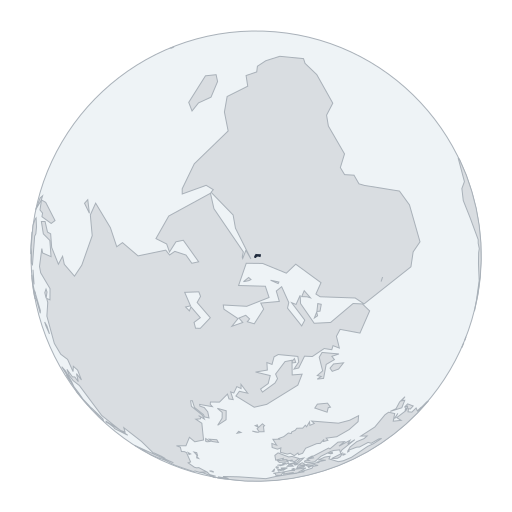 Bani Suwayf on an orthographic globe, rotated 182°
{"feature_id": "EGY-1546", "entity_name": "Bani Suwayf", "entity_type": "Governorate", "adm_level": 1, "iso_a3": "EGY", "parent_name": "Egypt", "parent_adm1": "", "projection": "orthographic", "projection_center": [30.952, 29.058], "detail": "fine", "context": "on_globe", "style": "filled", "palette": "slate", "viewbox_px": 512, "rotation_deg": 182, "n_neighbors": 0, "source": "natural_earth", "source_scale": "10m", "svg_char_len": 10427}
<svg xmlns="http://www.w3.org/2000/svg" viewBox="0 0 512 512"><g transform="rotate(182 256 256)"><circle cx="256" cy="256" r="225" fill="#eef3f6" stroke="#a8b0b8"/><path d="M259.4,30.7L259.0,30.7L260.2,30.8L283.8,32.4L287.1,32.9L286.3,32.9L276.2,32.0L275.5,32.2L282.6,33.0L286.3,34.0L275.9,32.7L281.3,34.5L265.4,34.7L238.4,33.8L229.1,36.2L200.1,42.1L202.3,42.5L192.7,45.8L191.7,47.7L186.6,48.9L190.2,49.5L195.1,48.2L198.3,48.2L198.1,49.4L191.6,50.8L190.7,50.4L188.7,51.5L185.5,51.8L187.0,52.4L179.1,54.4L186.6,54.3L180.1,57.5L175.0,58.4L176.0,55.8L166.5,53.3L161.6,54.4L153.6,58.1L137.7,69.7L132.1,72.5L124.1,78.1L127.0,77.4L134.2,72.9L137.5,73.6L146.0,68.7L148.6,68.5L157.1,65.0L155.2,68.5L148.8,74.0L141.7,77.2L138.7,80.0L145.0,79.7L131.3,89.2L121.5,101.9L118.0,104.5L111.9,103.4L113.1,95.7L105.2,96.8L109.7,99.4L100.9,106.6L99.2,109.5L99.3,111.3L102.4,110.0L99.3,113.5L93.7,111.6L96.5,108.4L98.2,108.8L98.7,105.6L94.8,105.4L90.7,109.7L89.3,106.8L86.3,110.0L84.3,111.6L89.2,106.4L80.4,116.0L78.6,117.2L88.9,105.0L100.0,93.5L111.9,82.9L124.5,73.1L137.8,64.2L151.7,56.3L166.1,49.4L181.0,43.6L196.2,38.8L211.7,35.1L227.5,32.5L243.4,31.1L259.4,30.7ZM35.8,208.4L34.9,214.1L34.5,215.7L32.1,239.1L33.4,256.2L33.6,267.3L33.1,271.1L34.4,276.6L34.5,280.1L43.3,301.6L50.8,318.7L52.6,330.6L50.3,337.6L57.4,361.1L56.0,359.7L48.6,344.1L42.5,327.9L37.6,311.3L34.0,294.4L31.7,277.2L30.8,259.9L31.1,242.6L32.8,225.4L35.8,208.4ZM289.7,33.2L291.3,33.5L287.9,33.0L289.2,33.2L289.7,33.2ZM157.5,63.4L157.3,64.2L155.8,64.4L157.5,63.4ZM161.4,61.4L159.9,61.1L161.5,60.1L162.4,60.2L161.4,61.4ZM291.8,34.0L294.4,34.7L290.0,33.8L291.8,34.0ZM162.9,62.0L164.6,58.4L167.5,56.7L173.4,56.2L162.9,62.0ZM294.7,35.1L301.1,37.4L305.0,37.9L297.6,38.5L294.6,35.9L288.6,34.5L293.3,35.2L294.7,35.1ZM196.7,47.3L191.5,48.8L196.0,46.5L196.7,47.3ZM198.7,45.9L207.9,40.2L215.4,39.1L210.8,41.0L220.8,39.1L220.0,41.3L214.3,42.8L209.6,43.0L212.9,43.8L198.7,45.9ZM292.5,38.8L292.5,39.5L290.6,38.6L292.5,38.8ZM199.9,48.0L201.1,46.8L207.7,45.6L206.6,48.0L204.8,47.5L199.9,48.0ZM223.7,37.7L228.5,37.5L229.1,39.2L231.1,39.4L220.6,41.3L223.7,37.7ZM203.2,48.4L205.8,49.2L202.6,51.0L199.2,49.2L203.2,48.4ZM209.9,44.5L213.0,44.1L210.9,45.0L209.9,44.5ZM192.5,58.3L193.7,56.4L197.3,55.6L192.5,58.3ZM207.0,49.4L208.2,48.9L209.7,48.4L210.7,49.4L207.0,49.4ZM221.8,42.5L221.1,43.3L226.1,41.8L226.8,43.2L219.7,44.3L223.1,44.5L223.3,45.0L217.2,45.4L221.8,42.5ZM216.4,49.1L207.6,51.6L204.5,55.0L201.2,55.8L206.8,50.2L216.4,49.1ZM217.4,46.9L216.0,48.4L212.7,48.3L211.5,47.3L217.4,46.9ZM229.9,44.0L230.6,41.4L232.1,41.3L229.9,44.0ZM216.2,50.1L218.3,49.5L216.3,50.3L216.2,50.1ZM226.4,45.7L226.4,44.8L228.2,44.6L226.4,45.7ZM222.5,49.3L219.6,50.0L218.8,49.2L222.5,49.3ZM224.8,47.7L227.2,47.8L220.2,48.5L224.6,47.2L224.8,47.7ZM228.0,45.8L229.1,45.4L227.8,46.2L228.0,45.8ZM227.4,52.2L218.8,53.4L216.9,51.5L225.5,50.5L227.4,52.2ZM104.4,312.4L92.6,275.9L99.1,265.6L100.8,250.6L146.3,211.9L155.4,217.5L190.5,217.5L194.8,220.1L190.1,231.6L216.0,249.2L225.1,239.9L249.1,248.8L265.5,248.4L272.4,225.9L245.6,226.1L241.5,215.0L263.5,205.4L287.0,205.9L286.2,201.7L271.8,192.8L277.7,184.9L266.9,189.1L270.9,193.4L264.2,196.4L260.2,192.9L262.4,190.0L255.4,188.2L246.5,203.2L249.6,209.1L231.1,211.4L234.5,221.7L229.3,226.2L221.6,210.6L222.7,205.0L207.9,187.7L205.0,193.6L218.8,210.6L214.3,209.0L210.5,218.2L209.8,210.0L195.5,190.8L179.1,192.2L157.3,211.9L148.0,211.8L140.5,205.1L149.4,182.6L169.4,185.6L172.8,178.6L169.5,166.9L175.9,169.1L177.0,165.0L184.6,165.9L196.2,157.5L204.0,157.6L209.4,145.6L214.1,144.3L209.6,151.6L210.7,157.1L230.3,158.3L234.4,155.9L236.2,148.2L241.4,149.9L240.7,142.4L252.4,140.0L237.6,137.0L239.4,128.9L246.8,123.2L244.8,120.2L232.6,129.7L230.2,134.2L232.3,138.7L223.3,151.5L216.4,153.1L215.7,138.4L205.8,139.5L209.7,128.4L240.1,108.1L252.5,104.8L271.2,115.4L267.9,120.2L259.5,118.6L266.5,127.2L266.3,123.0L270.6,124.8L273.4,118.3L276.6,119.3L273.8,111.7L278.0,112.2L279.7,117.0L287.4,108.7L296.4,108.5L296.6,106.2L294.3,103.9L307.2,105.7L306.8,104.0L302.4,102.7L298.8,98.6L297.3,92.5L301.9,93.4L303.0,95.7L312.2,102.5L314.6,109.2L316.3,109.0L315.3,103.5L304.1,95.1L301.9,91.2L307.8,94.5L305.5,92.9L305.9,91.3L310.5,90.8L304.3,87.0L302.0,70.3L310.7,68.2L316.2,72.5L319.4,63.9L328.9,63.6L324.9,62.2L323.7,58.0L320.7,58.0L318.6,57.1L314.2,47.9L316.6,46.9L310.1,42.7L308.0,42.2L305.8,42.5L297.6,38.5L305.0,37.9L309.4,39.0L311.1,38.4L320.8,41.3L329.6,44.0L339.3,48.5L345.4,50.7L345.3,50.3L353.6,53.5L370.9,62.6L357.2,56.9L331.3,46.5L341.9,50.5L339.6,50.4L343.4,52.5L350.9,55.6L351.7,55.5L364.0,66.7L382.1,79.8L380.7,75.5L385.3,76.9L404.6,91.2L428.0,120.4L434.4,125.1L438.5,130.1L441.0,136.1L435.2,128.8L432.9,128.8L429.2,124.2L431.3,132.2L426.1,126.0L430.3,135.8L434.7,139.4L434.8,134.1L440.7,146.1L447.7,151.0L454.5,161.6L462.9,188.6L462.5,202.1L463.7,206.3L460.4,205.0L460.7,216.2L470.6,231.7L472.0,238.0L470.3,256.0L469.4,251.6L460.8,248.2L462.6,264.4L469.3,270.7L471.7,283.0L468.0,283.1L465.2,272.6L462.0,271.0L460.5,257.4L453.2,240.9L449.3,249.0L447.3,241.0L436.7,229.5L429.8,240.7L420.4,270.6L423.0,291.3L418.1,303.2L402.5,279.2L395.5,260.4L389.9,264.7L373.9,252.0L346.4,258.7L342.4,254.0L337.3,257.8L326.0,254.5L319.9,246.5L313.1,248.2L329.2,269.2L336.5,267.4L342.6,257.0L345.7,264.9L356.6,269.9L344.6,292.9L303.7,317.1L299.7,301.8L268.8,259.7L269.7,254.6L269.6,254.0L269.2,253.0L266.3,261.4L261.0,252.9L277.5,283.1L280.3,296.2L303.1,318.1L301.0,320.8L308.3,324.9L331.9,315.4L332.1,320.6L320.9,346.0L288.2,380.0L292.6,398.8L290.4,414.4L270.2,425.4L272.2,436.0L261.7,440.0L261.2,445.7L253.0,451.5L239.2,456.4L215.4,454.9L213.7,450.2L201.6,439.4L184.6,411.4L190.4,399.2L188.2,388.4L171.1,361.1L174.8,347.3L170.3,340.4L160.9,340.2L155.6,331.7L150.0,330.3L114.9,325.9L104.4,312.4ZM130.1,234.8L128.8,239.2L128.8,239.3L130.1,234.8ZM311.9,218.2L326.0,217.2L319.7,203.9L324.6,202.6L320.7,198.8L319.2,202.9L309.5,192.4L315.6,187.5L313.9,181.7L309.1,181.8L299.5,192.7L313.2,207.5L310.0,213.7L311.9,218.2ZM34.9,214.3L34.3,217.9L34.5,216.0L34.9,214.3ZM44.5,178.9L43.4,182.6L43.8,180.6L44.5,178.9ZM47.1,171.6L45.3,176.4L45.6,175.5L47.1,171.6ZM101.2,106.7L101.6,107.0L101.0,109.4L99.8,109.3L101.2,106.7ZM107.4,115.1L102.2,120.6L105.1,116.4L102.3,117.0L105.0,109.4L116.4,105.4L110.7,108.3L107.4,115.1ZM111.6,99.0L108.7,103.7L111.5,98.7L111.6,99.0ZM175.8,143.4L178.1,146.5L174.7,150.8L164.8,152.3L169.5,145.9L175.8,143.4ZM182.1,150.1L184.2,136.0L190.5,135.1L186.6,137.9L190.6,138.7L185.4,143.5L189.3,157.1L186.6,161.9L169.7,161.0L176.7,158.4L174.0,155.2L182.1,150.1ZM178.5,107.0L179.5,102.4L191.9,106.1L189.5,110.1L179.4,111.4L176.3,107.5L178.5,107.0ZM173.0,62.5L172.6,61.5L174.4,60.9L176.2,61.3L173.0,62.5ZM192.7,57.5L176.7,66.6L175.4,65.8L167.6,72.8L161.1,73.6L166.4,68.9L155.6,75.1L157.8,71.2L150.8,75.9L163.3,65.3L164.8,62.5L165.6,65.2L171.4,64.4L174.5,63.3L184.1,58.1L190.3,52.3L197.2,51.2L200.4,51.9L199.9,53.1L195.6,53.4L198.1,54.8L191.5,56.2L192.7,57.5ZM233.6,69.2L228.8,67.7L232.7,73.4L226.1,73.7L227.0,74.4L222.0,76.4L217.5,80.2L214.6,79.8L214.1,81.5L210.8,83.1L209.1,85.3L203.3,85.6L200.8,88.6L199.5,87.1L196.7,92.1L196.2,88.6L191.9,90.7L194.6,93.0L167.7,91.8L156.7,95.1L147.9,100.0L148.2,94.0L156.8,85.8L169.0,78.2L179.5,76.4L177.7,74.3L182.2,72.9L181.7,75.1L185.2,71.0L188.8,70.6L199.7,65.6L202.5,60.5L206.5,58.9L207.2,60.6L210.8,57.8L214.8,60.1L217.8,59.1L224.8,60.7L224.4,65.1L227.8,63.7L233.2,65.2L233.6,69.2ZM229.2,52.7L230.2,57.4L227.1,60.0L216.3,56.3L213.0,56.9L205.9,55.2L210.6,51.6L212.2,52.3L214.8,52.3L212.3,53.4L216.3,52.5L218.6,53.6L222.3,53.3L221.6,54.8L229.2,52.7ZM200.1,216.1L203.5,217.0L208.9,217.0L206.6,223.0L200.1,216.1ZM190.1,203.1L193.2,202.7L192.6,210.6L189.1,210.0L190.1,203.1ZM195.5,196.1L193.4,202.1L192.4,198.4L195.5,196.1ZM212.6,151.0L216.0,150.4L216.1,152.2L214.0,154.8L212.6,151.0ZM243.7,88.5L241.5,86.7L242.6,85.9L241.8,80.7L246.6,80.4L248.9,83.4L243.7,88.5ZM267.6,229.9L262.6,234.3L260.2,232.3L262.4,231.1L267.6,229.9ZM232.9,229.2L240.6,232.3L232.2,230.8L232.9,229.2ZM248.8,87.3L247.9,85.1L250.9,86.4L248.8,87.3ZM250.1,80.0L253.6,80.9L247.1,79.8L250.1,80.0ZM347.6,460.8L348.3,460.9L345.2,462.2L347.6,460.8ZM328.6,407.2L312.8,434.3L302.2,435.8L300.5,429.0L306.5,413.2L318.8,407.0L325.0,398.7L328.6,407.2ZM477.9,294.6L473.8,306.4L471.4,308.7L472.6,304.2L476.3,297.4L477.9,294.6ZM472.3,304.5L468.0,302.2L458.1,284.4L461.8,281.4L471.3,287.8L470.8,291.4L473.5,294.5L472.3,304.5ZM480.5,269.5L479.9,278.9L478.2,284.8L477.1,286.4L476.4,277.3L476.8,270.5L477.9,268.2L479.1,239.5L480.2,240.8L480.5,251.8L481.1,256.6L480.5,269.5ZM424.0,292.9L429.2,302.7L426.1,306.4L424.0,292.9ZM477.4,222.3L478.4,234.5L476.8,219.9L477.4,222.3ZM475.1,209.8L476.2,213.8L475.1,211.3L475.1,209.8ZM465.8,212.0L464.7,215.6L463.6,212.7L464.3,206.5L465.8,212.0ZM459.7,170.9L463.7,179.3L464.9,182.7L462.5,178.8L459.7,170.9ZM288.4,85.5L284.2,92.7L284.3,98.5L289.3,102.4L280.4,100.3L280.2,91.3L288.4,85.5ZM299.9,71.8L295.4,69.0L298.5,68.6L299.9,69.2L299.9,71.8ZM296.4,71.3L288.8,71.0L287.1,68.4L293.4,69.1L296.4,71.3ZM268.8,78.2L267.2,80.2L264.8,79.1L268.8,78.2ZM480.7,272.2L480.8,269.8L481.2,257.6L481.2,251.6L481.2,250.0L481.3,253.8L481.3,256.7L481.3,258.9L480.7,272.2ZM479.3,226.5L478.9,224.1L479.5,229.5L477.3,214.2L477.8,216.8L479.3,226.5ZM477.4,215.2L478.0,220.1L476.6,211.8L477.4,215.2ZM477.5,218.3L476.4,213.7L476.5,212.4L477.5,218.3ZM477.3,214.1L475.3,205.3L476.3,209.2L477.3,214.1ZM473.5,203.6L475.6,207.4L474.7,209.4L469.6,193.9L469.6,191.2L473.5,203.6ZM441.4,130.4L438.6,126.9L437.1,124.0L439.5,127.2L441.4,130.4ZM429.9,113.1L435.8,122.2L440.2,130.4L441.1,130.8L446.3,138.6L442.3,134.4L435.8,123.8L433.3,118.9L428.4,113.0L423.9,106.9L417.9,101.0L414.4,97.2L419.1,101.3L429.9,113.1ZM415.4,98.7L403.3,87.9L402.7,86.0L405.2,87.9L411.0,93.5L411.0,94.1L415.4,98.7ZM400.2,84.9L400.0,85.7L381.9,75.0L377.9,72.4L391.4,78.6L392.0,79.7L396.5,82.9L400.2,84.9ZM294.9,39.7L292.7,39.5L294.0,39.2L294.9,39.7ZM317.0,57.2L314.4,55.9L316.0,55.3L317.0,57.2ZM308.2,52.2L308.2,53.7L306.3,51.7L308.2,52.2ZM308.4,57.4L307.3,54.1L311.1,57.9L308.4,57.4Z" fill="#d9dde1" stroke="#a8b0b8" stroke-width="1"/><path d="M253.8,256.3L254.0,256.3L255.4,255.9L255.7,255.8L255.9,255.5L256.0,255.3L256.1,255.2L256.4,254.8L256.5,254.7L256.8,254.7L257.0,254.8L257.1,255.0L257.0,255.4L257.0,255.5L256.9,255.7L256.9,255.8L256.7,256.1L256.4,256.5L256.1,256.8L256.1,257.0L256.0,257.3L255.4,257.2L251.9,257.2L251.9,256.9L252.1,255.9L253.6,256.2L253.8,256.3Z" fill="#64748b" stroke="#1e293b" stroke-width="1.5"/></g></svg>